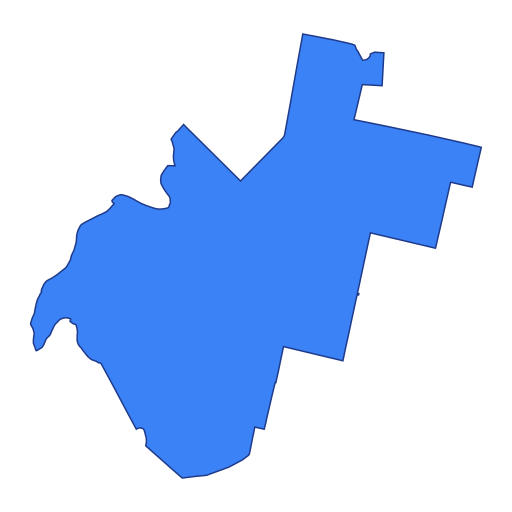 outline of Ulmu, Calarasi, Romania
{"feature_id": "2599482B65281916384420", "entity_name": "Ulmu", "entity_type": "district", "adm_level": 2, "iso_a3": "ROU", "parent_name": "Romania", "parent_adm1": "Calarasi", "projection": "orthographic", "projection_center": [26.899, 44.303], "detail": "fine", "context": "isolated", "style": "filled", "palette": "blue", "viewbox_px": 512, "rotation_deg": 0, "n_neighbors": 0, "source": "geoboundaries", "source_scale": "gbopen_adm2", "svg_char_len": 4762}
<svg xmlns="http://www.w3.org/2000/svg" viewBox="0 0 512 512"><path d="M481.3,147.3L464.4,143.2L429.0,135.2L387.7,126.5L354.0,119.7L362.3,84.6L382.1,85.7L383.9,52.8L374.6,52.2L370.3,54.0L370.1,56.3L369.5,56.9L368.7,58.0L366.9,59.3L365.1,60.0L362.6,60.2L358.6,52.8L358.1,51.6L356.3,49.2L354.9,45.3L352.0,44.1L334.5,40.1L302.8,34.0L296.2,70.3L289.8,106.4L284.6,134.7L284.0,136.3L283.0,137.8L240.5,181.0L193.7,134.6L185.6,126.6L183.6,124.5L182.6,125.7L179.9,128.6L177.8,131.1L175.8,132.5L171.1,139.1L172.4,142.4L174.1,148.7L173.4,156.5L173.6,159.6L174.1,162.5L175.0,165.8L167.9,165.6L166.0,168.0L164.2,170.5L163.9,170.9L161.2,175.3L160.9,177.4L160.6,179.4L160.8,180.8L161.0,183.5L163.4,188.1L165.2,190.9L167.4,194.0L169.2,196.3L170.0,198.1L170.2,200.3L170.4,202.5L170.2,203.5L169.6,204.3L169.1,206.4L168.4,207.5L167.2,208.1L164.4,208.6L162.1,209.0L160.1,209.0L158.4,209.1L157.2,208.9L154.1,208.2L151.3,207.3L146.1,205.5L141.1,203.4L136.6,201.0L133.5,199.1L129.9,197.3L128.7,196.8L127.6,196.3L123.5,195.1L121.9,194.8L120.6,194.7L117.6,195.7L116.7,196.1L115.8,196.5L114.5,197.8L112.3,200.1L112.0,200.4L112.0,200.7L112.0,201.0L112.2,201.5L112.5,202.1L114.1,203.7L109.5,208.9L106.7,211.5L101.8,214.0L97.4,215.9L93.6,217.9L87.2,221.2L84.5,222.6L81.3,224.6L80.2,226.0L79.0,228.4L77.8,230.9L76.7,235.2L76.5,239.1L76.1,242.7L74.0,250.2L71.3,255.8L70.5,259.7L67.1,265.9L65.9,267.6L56.9,274.8L52.3,277.9L50.0,279.1L48.0,280.1L46.1,281.4L43.8,284.4L42.8,286.7L41.8,288.9L41.2,290.9L41.4,291.4L41.7,291.6L41.6,292.1L41.0,292.8L40.5,293.5L39.9,294.7L39.3,296.0L37.8,298.8L36.9,301.2L35.4,307.6L34.3,313.6L32.2,318.2L31.3,321.2L30.7,323.0L30.7,324.5L32.9,328.5L33.6,330.9L34.0,332.6L34.2,333.4L33.9,335.4L33.4,339.5L33.4,341.4L33.4,343.3L33.7,344.1L34.0,344.9L34.8,346.8L35.2,348.0L35.4,349.0L35.6,349.6L36.0,350.4L36.1,350.6L36.4,350.7L36.5,350.7L36.9,350.5L37.7,350.1L38.7,349.5L40.2,348.5L40.7,348.3L41.4,347.8L42.2,347.1L42.4,346.9L42.8,346.3L43.2,345.7L44.1,344.1L44.5,343.0L45.2,341.3L45.8,339.9L46.2,339.1L46.4,338.7L46.7,338.4L47.1,337.9L47.7,337.4L48.4,336.6L49.6,335.5L49.8,335.2L50.0,334.9L50.2,334.7L50.4,334.3L50.6,333.8L50.9,333.1L51.1,332.4L51.6,331.2L51.8,330.8L52.3,329.9L52.8,328.8L53.9,326.4L54.4,325.5L54.7,325.0L55.0,324.6L55.3,324.2L55.7,323.7L56.0,323.4L56.3,323.0L57.0,322.5L57.4,322.1L57.5,321.9L58.3,321.0L58.9,320.4L59.2,320.1L59.5,319.8L59.8,319.6L60.3,319.4L61.1,319.0L61.6,318.7L62.1,318.5L62.3,318.4L62.8,318.3L64.0,318.0L64.6,317.9L65.4,317.8L66.1,317.8L66.5,317.8L67.3,317.9L67.8,318.0L68.0,318.1L68.7,318.2L69.5,318.4L69.8,318.6L70.0,318.6L70.4,318.7L70.5,318.7L70.6,318.8L70.7,319.1L70.7,319.3L70.7,319.5L70.5,319.9L70.3,320.2L70.1,320.5L70.1,320.8L70.1,321.0L70.1,321.3L70.2,321.5L70.4,321.8L70.9,322.1L71.8,322.7L72.3,323.1L72.7,323.4L73.1,323.7L73.6,323.9L74.2,324.1L74.7,324.2L75.3,324.4L75.6,324.4L75.7,324.5L75.9,324.8L76.3,325.7L76.8,327.6L77.2,329.8L77.3,330.4L77.4,331.8L77.4,333.2L77.2,334.8L77.2,336.4L77.1,338.0L77.1,338.6L77.1,339.8L77.2,340.6L77.4,341.8L77.7,342.8L77.9,343.5L78.2,344.2L78.5,344.6L79.2,345.7L79.8,346.6L80.9,347.7L81.4,348.2L81.9,349.0L82.7,350.2L83.7,351.4L85.2,353.3L85.9,354.2L86.7,355.2L87.8,356.5L89.3,357.8L90.0,358.5L90.6,358.9L91.0,359.2L91.4,359.5L92.2,359.9L93.1,360.2L93.8,360.4L94.4,360.7L94.6,360.7L94.9,360.8L95.2,360.9L95.7,361.1L96.5,361.5L97.1,361.8L97.7,362.3L98.2,362.6L98.7,362.8L99.0,362.9L99.6,362.9L99.8,362.9L100.1,363.0L100.4,363.2L100.9,363.5L101.3,363.9L102.0,365.3L104.0,368.9L112.4,384.4L124.7,407.6L136.3,429.2L136.7,428.9L138.1,428.3L139.1,428.0L139.8,427.9L141.2,428.1L142.3,428.3L143.0,428.7L143.2,428.8L143.5,429.3L143.9,429.7L144.2,430.3L144.5,431.3L144.8,432.0L145.0,433.0L145.1,433.7L145.4,434.7L145.6,435.6L146.2,437.4L146.3,438.2L146.3,438.9L146.3,439.6L146.5,440.1L146.4,441.0L146.3,441.4L146.4,442.2L146.3,442.7L146.2,443.6L145.8,445.1L145.8,445.9L164.8,462.7L171.3,468.5L182.2,478.0L184.2,477.8L194.4,476.5L195.4,476.4L206.5,475.3L221.0,470.0L228.9,467.1L242.4,459.9L245.5,457.6L248.1,455.6L248.7,455.0L249.3,454.1L249.6,452.9L250.7,447.5L251.5,443.5L252.0,440.8L253.0,435.9L253.7,432.7L254.8,427.1L264.2,429.2L265.8,422.8L266.7,418.5L268.7,409.9L270.6,401.6L271.9,396.0L273.4,389.8L274.4,385.6L275.0,383.2L275.2,382.5L275.9,382.6L276.3,380.5L278.4,371.1L279.1,367.7L280.0,363.3L281.2,357.5L282.1,353.3L283.5,346.6L324.1,356.3L340.9,360.3L342.9,360.8L344.7,352.2L345.8,346.9L347.3,340.3L348.2,336.1L351.5,320.6L352.3,316.8L357.1,294.7L358.5,295.0L358.8,293.6L357.4,293.3L359.7,282.9L360.5,278.8L361.7,273.4L363.1,266.8L367.9,244.4L369.5,237.0L370.4,232.9L371.8,233.2L391.4,237.8L418.5,244.2L435.5,248.2L442.5,217.9L443.3,214.2L450.6,182.2L463.5,185.2L472.2,187.1L478.1,161.1L479.4,155.5L480.7,150.0L481.3,147.3Z" fill="#3b82f6" stroke="#1e3a8a" stroke-width="1.5"/></svg>